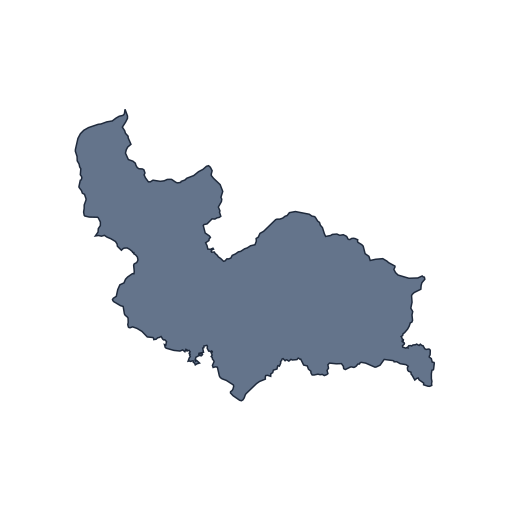 outline of Dong Hy, Thái Nguyên, Vietnam, rotated 339°
{"feature_id": "81297802B71869801036686", "entity_name": "Dong Hy", "entity_type": "district", "adm_level": 2, "iso_a3": "VNM", "parent_name": "Vietnam", "parent_adm1": "Thái Nguyên", "projection": "mercator", "projection_center": [105.922, 21.685], "detail": "fine", "context": "isolated", "style": "filled", "palette": "slate", "viewbox_px": 512, "rotation_deg": 339, "n_neighbors": 0, "source": "geoboundaries", "source_scale": "gbopen_adm2", "svg_char_len": 6146}
<svg xmlns="http://www.w3.org/2000/svg" viewBox="0 0 512 512"><g transform="rotate(339 256 256)"><path d="M119.1,122.3L115.6,127.7L115.4,128.6L116.5,132.4L116.4,135.1L118.0,137.0L117.8,141.9L117.2,143.0L113.9,146.8L112.6,150.1L110.8,153.2L110.2,156.4L110.5,157.3L114.3,159.9L121.9,163.0L122.4,163.6L122.9,168.5L121.6,171.8L118.6,173.9L117.1,177.1L113.2,179.7L116.3,180.4L118.8,182.1L121.9,182.4L123.6,184.9L126.7,187.9L130.0,192.1L130.6,195.0L130.1,197.2L132.4,202.4L134.4,201.5L135.8,201.4L138.6,202.3L140.5,204.6L142.1,207.5L142.1,208.5L143.2,209.0L142.7,210.1L144.0,211.8L144.9,214.4L144.4,217.3L143.9,218.0L142.2,219.4L139.5,219.7L138.5,220.7L136.8,226.8L135.7,228.8L134.3,228.2L128.6,229.6L125.9,230.9L123.1,233.8L118.6,234.1L114.9,237.8L111.1,243.6L107.7,244.3L106.4,245.2L106.4,246.4L106.8,247.6L111.7,253.8L113.9,255.5L112.4,262.9L112.6,264.3L114.1,267.1L114.3,268.1L112.9,272.2L111.7,274.1L111.4,276.6L111.9,277.4L112.9,277.9L115.4,277.9L119.0,281.0L122.5,285.5L125.5,292.6L130.6,295.2L130.9,296.3L130.6,297.4L132.9,297.9L134.9,297.1L136.4,297.4L138.5,297.1L139.2,300.4L139.8,301.3L140.8,301.5L141.8,303.8L139.8,306.9L138.8,305.9L138.5,308.7L139.1,309.9L145.5,314.7L151.0,317.5L153.9,317.4L155.3,319.9L157.1,318.0L157.9,318.9L157.4,319.4L157.5,320.0L159.7,320.1L160.2,321.9L158.7,322.8L158.7,323.3L159.3,324.1L158.5,324.7L158.7,326.3L157.2,327.2L154.9,329.9L156.2,330.1L156.9,330.9L159.5,331.2L160.0,331.7L159.4,332.9L160.3,333.9L160.3,335.9L162.1,335.5L164.9,335.7L163.1,332.1L162.0,332.6L161.9,332.3L162.0,331.2L163.6,329.0L167.3,328.5L169.2,329.6L169.7,329.4L170.8,328.8L170.6,327.6L167.5,327.1L167.9,326.4L172.5,327.1L173.2,322.9L174.5,322.9L175.1,321.4L178.1,321.8L178.3,322.9L177.4,324.5L177.7,327.8L178.8,328.3L179.4,329.4L180.6,328.8L180.9,329.5L180.9,329.9L179.5,330.6L179.6,332.8L178.1,333.8L178.8,335.2L178.4,336.5L179.0,338.5L179.0,339.6L176.1,342.5L176.0,344.7L178.4,344.9L180.1,346.0L178.8,354.9L179.1,356.7L180.3,358.5L183.7,361.5L188.7,368.3L188.4,369.8L186.7,372.1L185.5,373.0L183.6,373.6L183.1,374.7L184.5,378.2L189.0,384.8L190.5,385.9L192.3,385.6L194.2,384.2L196.2,381.8L197.3,381.0L210.8,375.3L214.4,374.4L220.6,374.3L221.3,372.3L222.2,371.1L224.0,371.5L226.6,373.6L227.6,371.3L229.8,370.9L231.3,368.8L235.1,369.0L236.9,366.3L237.4,366.2L238.2,367.2L238.7,366.9L240.8,364.7L241.1,363.3L242.4,362.8L243.3,361.6L244.5,361.5L245.6,364.2L246.6,363.8L247.5,363.9L249.0,365.9L251.6,365.0L252.6,366.1L257.1,367.4L258.6,366.5L259.1,366.6L260.1,368.2L260.8,368.3L261.4,374.9L264.5,377.0L264.4,380.4L265.9,383.2L265.4,384.9L265.8,387.2L267.5,387.9L271.5,388.5L273.3,389.8L275.5,390.3L276.9,392.1L279.4,392.1L281.0,391.6L281.3,388.3L283.5,386.7L284.1,383.3L286.2,382.3L292.3,385.4L297.2,387.1L298.0,390.2L297.5,392.6L298.7,394.0L304.4,393.5L305.4,393.7L307.4,395.1L308.4,395.1L310.2,394.7L312.3,393.4L313.9,393.9L314.5,393.2L316.0,392.9L320.0,395.3L327.2,402.4L328.4,402.7L332.7,402.4L338.6,398.5L346.5,402.8L347.0,403.3L347.0,404.3L349.5,405.1L352.0,408.2L357.1,411.2L358.6,413.5L357.2,414.7L356.7,416.9L357.1,418.3L359.0,420.0L358.5,422.0L359.0,423.2L359.8,428.7L362.1,427.9L363.7,428.0L363.9,430.1L367.0,434.7L366.3,436.3L370.0,439.3L371.5,439.9L373.7,439.8L374.2,438.0L375.3,436.1L375.8,433.3L377.5,428.8L379.3,425.7L380.8,425.8L381.3,425.2L384.1,419.8L384.0,419.1L382.5,418.2L382.9,414.6L381.5,412.5L381.9,411.6L383.1,410.7L384.8,406.8L384.8,405.8L384.1,404.8L381.3,404.2L380.3,403.0L379.8,399.6L378.8,399.0L377.8,397.2L376.2,398.0L374.4,395.8L373.1,396.0L370.6,395.3L369.1,395.8L368.4,395.1L366.5,394.5L365.4,395.2L364.9,396.3L364.3,395.5L362.8,395.7L360.3,393.6L360.6,392.3L362.7,391.5L363.2,390.9L363.2,390.1L361.8,388.2L362.3,387.4L362.8,388.3L363.6,387.0L362.8,385.6L362.9,384.2L362.6,383.2L364.4,382.8L365.5,381.2L367.1,380.9L371.3,378.6L373.8,376.5L376.1,373.7L377.8,373.6L379.1,372.2L380.5,366.9L382.4,364.1L381.8,360.2L385.1,355.1L387.0,348.8L388.1,347.8L390.6,346.8L398.0,346.1L399.6,342.7L401.3,340.4L405.3,338.2L405.6,336.1L404.6,335.4L404.0,334.2L399.2,334.5L390.8,331.6L381.8,324.7L380.3,321.5L379.9,317.9L381.8,316.1L382.1,315.2L377.4,309.7L376.4,307.7L373.4,303.9L366.4,301.9L361.0,301.1L361.3,296.8L358.7,292.9L359.6,285.2L358.8,283.3L356.0,279.7L356.1,278.4L356.8,277.3L354.7,275.2L353.4,274.4L351.6,273.9L349.6,274.3L348.4,273.7L347.8,272.7L347.9,271.3L347.5,270.0L345.1,267.4L341.6,266.7L339.4,264.5L335.0,263.2L333.1,263.6L328.0,262.7L327.8,259.8L328.2,253.3L327.1,250.3L327.3,247.4L326.1,245.6L325.2,240.9L324.5,240.0L322.5,238.8L320.7,236.1L308.7,228.6L302.7,227.5L299.6,229.4L297.4,229.3L294.5,230.2L291.3,230.1L288.7,229.1L287.4,229.1L271.9,235.7L267.8,236.3L264.9,239.2L262.4,239.7L261.6,242.3L259.1,245.1L254.6,244.5L250.8,245.3L247.9,245.2L243.3,246.2L241.0,245.8L237.7,246.7L234.0,246.9L231.8,248.9L229.3,248.9L227.9,248.2L225.2,249.5L223.8,249.3L222.1,245.6L220.5,243.3L220.1,241.4L218.7,238.8L218.6,237.4L215.9,236.5L215.8,235.6L216.3,235.0L217.4,234.4L218.8,234.4L218.6,233.3L215.8,233.4L213.5,232.3L214.0,228.8L213.7,225.6L217.6,224.7L218.3,223.3L220.1,222.3L219.7,220.6L216.8,216.3L217.7,208.6L218.7,208.0L221.8,208.5L228.3,205.6L230.9,206.8L233.2,206.4L235.5,206.8L237.4,206.3L237.6,202.0L238.5,201.0L238.4,196.8L243.2,192.8L244.4,190.7L244.3,188.6L248.1,183.8L248.1,176.5L244.2,168.3L243.1,164.9L243.6,163.5L245.6,160.7L245.2,156.8L244.1,154.7L241.9,154.5L237.6,156.1L232.5,156.7L226.7,158.6L219.2,158.6L216.8,159.6L212.9,159.5L212.0,160.3L208.9,159.6L207.7,158.6L204.7,154.3L204.0,153.9L200.6,152.7L197.3,152.9L193.4,152.0L187.0,148.3L183.9,148.9L182.1,148.2L180.8,143.4L180.6,140.2L182.1,138.7L182.2,135.3L181.1,134.0L178.0,132.6L176.8,130.9L176.4,128.3L176.6,126.1L175.1,123.4L171.4,120.2L171.0,113.2L173.0,110.3L175.3,108.3L179.3,106.9L179.0,99.9L179.5,98.3L178.1,94.6L178.3,92.0L177.4,87.8L182.2,84.3L185.3,81.5L186.2,79.3L186.3,72.1L184.2,75.9L183.2,76.7L181.8,77.0L178.4,76.5L174.6,77.1L170.2,78.4L164.8,77.3L158.6,77.2L155.8,76.5L145.6,76.1L140.3,76.9L135.9,78.9L131.9,82.4L125.6,91.8L124.9,93.4L124.6,99.0L123.2,103.1L123.8,106.7L123.3,109.7L123.7,111.8L121.1,117.2L121.6,119.1L121.4,120.7L120.1,122.3L119.1,122.3Z" fill="#64748b" stroke="#1e293b" stroke-width="1.5"/></g></svg>